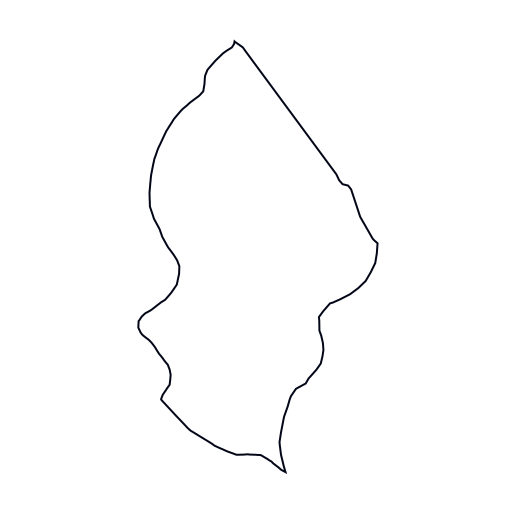 Dame De Traversay, Anse-la-Raye, Saint Lucia, rotated 191°
{"feature_id": "8701671B44154359269961", "entity_name": "Dame De Traversay", "entity_type": "district", "adm_level": 2, "iso_a3": "LCA", "parent_name": "Saint Lucia", "parent_adm1": "Anse-la-Raye", "projection": "robinson", "projection_center": [-60.986, 13.918], "detail": "fine", "context": "isolated", "style": "outline", "palette": "ink", "viewbox_px": 512, "rotation_deg": 191, "n_neighbors": 0, "source": "geoboundaries", "source_scale": "gbopen_adm2", "svg_char_len": 3224}
<svg xmlns="http://www.w3.org/2000/svg" viewBox="0 0 512 512"><g transform="rotate(191 256 256)"><path d="M161.3,314.5L175.3,339.5L179.0,342.7L184.7,343.0L188.9,346.3L192.6,351.4L300.0,450.1L305.3,455.0L306.6,456.2L307.8,457.4L308.8,458.3L317.7,462.3L318.0,462.5L318.0,459.9L319.5,456.1L324.1,451.8L327.0,448.7L327.3,448.3L333.1,440.0L334.3,437.9L336.6,434.0L338.6,430.5L339.2,429.4L339.4,428.2L339.7,426.8L340.0,425.2L340.3,423.6L340.3,422.2L339.7,417.2L339.4,415.0L339.2,407.5L339.8,406.6L341.6,403.6L342.5,402.3L347.8,396.5L349.5,394.6L351.0,392.8L352.2,391.0L355.1,387.5L355.6,386.9L357.3,384.4L358.1,383.0L360.0,379.7L361.2,377.5L362.6,375.0L363.2,373.5L364.1,371.1L366.3,365.6L367.3,362.9L367.8,361.8L368.1,360.7L369.2,356.4L370.4,351.5L371.3,347.9L372.4,343.8L372.5,343.2L372.9,341.3L373.4,337.5L373.7,335.5L373.9,334.1L374.3,331.9L374.3,330.4L374.3,330.0L374.4,325.4L374.4,323.6L374.4,320.6L374.4,315.2L373.9,310.1L373.8,309.6L373.8,308.7L372.7,298.6L372.5,297.3L371.2,291.4L370.7,289.5L370.0,286.2L369.8,285.1L369.6,284.5L369.3,283.8L365.4,277.0L364.7,275.7L363.4,273.3L363.1,272.9L361.3,270.7L360.3,269.5L355.8,264.0L352.1,257.7L351.8,257.1L345.9,250.0L344.0,247.8L343.8,247.6L342.0,246.0L341.2,245.3L338.6,242.9L336.9,241.3L333.5,237.7L332.4,236.4L331.0,234.1L329.5,231.7L329.2,230.9L328.2,224.4L328.1,223.6L328.2,218.2L328.2,217.6L328.3,212.8L329.1,210.9L330.3,208.1L330.6,207.4L332.4,203.4L333.2,202.0L334.6,199.5L336.9,195.6L340.4,192.4L342.7,189.7L343.2,189.2L345.3,186.7L348.9,182.7L351.2,180.7L352.7,179.5L353.5,178.9L354.4,177.8L355.7,176.0L356.5,174.9L357.0,173.8L358.3,170.6L358.8,169.6L358.5,167.6L358.2,165.7L357.9,163.4L357.7,163.1L355.0,159.3L354.6,158.8L354.0,158.3L353.6,157.9L352.7,157.1L351.2,156.2L348.1,154.6L347.6,154.4L345.0,153.1L341.9,150.9L339.5,148.8L338.4,147.8L337.6,147.0L334.8,143.9L334.2,143.3L332.5,141.5L329.0,138.7L327.0,136.8L326.1,135.9L324.8,134.8L322.1,132.6L321.8,132.3L321.3,131.6L320.3,129.9L319.6,128.8L319.1,128.1L319.0,127.8L317.1,123.0L316.6,118.4L316.5,116.8L316.2,113.2L317.0,111.4L318.4,108.4L318.6,107.7L319.4,105.9L320.8,102.6L321.0,102.1L321.4,100.2L321.8,97.5L321.7,97.0L320.8,96.2L316.4,93.0L312.3,90.0L304.1,84.0L298.3,79.9L293.4,76.4L291.9,75.3L290.4,74.2L288.6,73.1L287.6,72.5L287.0,72.1L284.2,71.1L278.1,68.8L271.9,66.5L264.2,63.6L262.9,63.1L260.8,62.0L257.7,61.2L256.1,60.8L255.5,60.7L254.4,60.4L252.8,60.1L247.3,58.8L245.1,58.4L240.9,57.8L238.2,57.3L237.0,57.2L235.1,57.6L233.8,57.9L231.3,58.4L227.3,59.5L225.8,59.8L223.9,59.9L221.8,60.3L221.0,60.4L219.1,60.7L218.8,60.8L216.7,61.0L214.8,61.3L213.3,61.5L210.8,60.6L206.9,59.2L206.4,59.1L204.0,58.0L203.2,57.7L201.6,57.2L200.5,56.4L199.7,55.8L198.3,55.1L197.3,54.6L192.9,52.4L190.6,51.0L189.5,50.6L187.8,50.1L185.8,49.5L188.6,54.9L193.5,65.6L196.5,74.7L197.4,77.8L197.8,87.5L197.8,103.5L196.2,114.2L195.6,121.2L195.0,125.0L191.4,133.3L182.9,140.3L181.0,145.8L175.0,155.9L171.9,162.8L171.6,170.5L171.9,176.7L173.7,183.3L176.8,190.3L179.5,194.8L181.6,204.8L182.6,208.0L179.5,214.6L174.3,223.6L171.6,225.0L165.2,229.5L156.4,236.4L149.4,244.1L143.6,252.4L140.3,261.8L137.6,271.8L137.9,281.6L139.1,291.7L142.9,293.9L144.8,295.3L160.5,313.5L161.3,314.5Z" fill="none" stroke="#020617" stroke-width="2"/></g></svg>